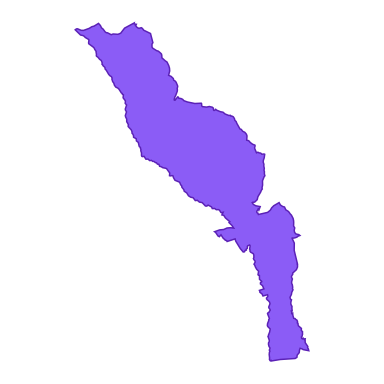 Stefesti, Prahova, Romania
{"feature_id": "2599482B54768609949993", "entity_name": "Stefesti", "entity_type": "district", "adm_level": 2, "iso_a3": "ROU", "parent_name": "Romania", "parent_adm1": "Prahova", "projection": "albers", "projection_center": [25.865, 45.269], "detail": "fine", "context": "isolated", "style": "filled", "palette": "violet", "viewbox_px": 384, "rotation_deg": 0, "n_neighbors": 0, "source": "geoboundaries", "source_scale": "gbopen_adm2", "svg_char_len": 5992}
<svg xmlns="http://www.w3.org/2000/svg" viewBox="0 0 384 384"><path d="M308.8,350.7L308.3,348.8L307.6,347.8L307.8,346.5L305.2,342.6L305.1,339.7L304.8,339.7L305.1,338.8L303.1,339.0L303.2,338.2L301.7,338.4L301.4,337.0L302.2,336.0L302.3,334.7L302.6,334.2L302.4,332.7L302.6,331.9L301.3,330.3L301.4,328.4L298.4,325.8L298.0,324.2L298.0,323.3L297.3,322.9L297.5,321.5L296.9,320.1L295.6,319.3L295.1,318.6L293.7,318.3L292.9,315.4L292.7,313.4L292.1,314.0L291.7,313.6L291.9,313.3L291.3,310.9L292.2,310.8L291.9,308.3L292.0,306.4L291.0,304.5L290.8,303.5L290.9,301.9L291.5,299.8L290.5,299.2L290.0,297.3L291.4,294.5L291.8,292.2L293.0,289.8L292.5,288.8L292.7,287.2L292.3,284.7L291.6,283.2L291.7,281.5L292.4,279.0L291.5,277.2L291.5,276.5L291.9,275.5L292.7,274.5L292.7,273.1L296.4,269.7L297.5,267.0L297.5,265.1L297.2,264.2L297.5,264.1L294.2,250.4L294.3,243.1L292.1,238.3L292.2,238.0L293.6,238.1L295.4,237.7L297.0,237.1L298.0,236.2L299.9,235.5L298.8,234.6L296.0,234.0L294.6,232.4L294.2,230.2L294.7,228.1L294.6,227.5L293.8,226.5L293.6,225.8L293.7,222.5L293.6,220.7L293.1,218.4L291.4,215.1L290.3,214.0L288.5,211.5L285.8,209.8L284.5,207.0L282.7,206.5L280.4,205.0L279.1,202.6L273.8,205.7L271.7,207.8L270.3,210.2L267.6,212.4L258.4,214.5L257.9,213.1L256.9,213.0L257.1,213.0L256.7,211.9L256.8,211.2L257.6,210.3L258.3,208.6L258.7,208.8L259.0,209.8L260.2,206.6L255.9,205.8L254.5,205.1L253.3,204.3L252.2,202.6L252.6,202.3L254.7,202.1L257.2,199.7L257.9,196.7L260.6,192.2L261.4,190.2L262.3,189.0L262.0,188.0L262.6,185.1L262.5,180.8L264.2,176.6L264.9,175.8L264.4,174.0L264.4,171.4L264.0,170.3L264.3,168.4L263.8,166.0L263.9,164.2L263.2,162.1L263.4,160.2L264.2,157.9L264.7,154.3L264.1,154.0L261.8,154.2L260.7,153.1L259.1,152.9L257.9,152.2L256.5,152.8L254.7,148.5L254.6,147.7L255.1,145.9L254.9,145.1L252.7,144.3L250.4,142.6L248.7,140.7L246.7,140.2L247.0,135.9L246.4,134.2L244.8,132.3L242.6,131.2L241.3,129.4L240.0,129.0L236.8,123.3L236.1,121.5L234.9,120.4L234.4,118.5L233.3,116.8L231.7,116.0L231.1,116.2L230.3,115.3L228.9,115.5L225.1,114.0L223.0,112.2L220.4,111.7L216.5,110.1L215.7,109.3L214.6,110.4L213.8,110.4L213.5,109.9L213.4,108.2L212.3,107.2L209.3,106.5L206.6,107.1L202.4,106.6L201.7,105.8L201.6,103.7L201.3,103.2L194.8,103.5L187.5,102.0L183.9,100.7L182.6,99.3L180.9,98.5L178.9,98.3L178.3,97.1L177.8,96.9L177.5,97.0L177.2,97.6L176.4,98.4L175.1,100.2L174.4,100.2L174.2,99.4L174.8,97.1L175.6,95.7L177.2,91.4L177.4,90.0L177.2,88.4L177.7,86.6L177.6,85.8L176.1,82.2L175.1,81.0L173.7,80.2L173.3,78.5L171.1,76.4L168.6,75.3L169.7,71.0L169.5,68.1L168.7,65.5L167.0,62.0L165.2,60.8L161.9,57.8L161.8,55.5L161.5,54.1L160.8,53.3L158.4,51.2L156.5,50.6L152.8,48.2L152.2,47.5L152.0,46.6L152.0,44.1L152.9,42.7L150.5,33.5L143.7,30.2L142.4,28.4L141.3,27.7L139.0,28.3L137.9,27.9L136.4,26.8L136.0,25.8L135.5,25.6L136.3,24.3L134.1,23.9L133.9,23.7L134.1,23.0L124.6,28.1L120.7,33.2L118.0,34.3L113.1,34.0L111.2,34.7L107.5,32.8L106.3,32.7L105.1,31.8L103.1,29.1L101.5,27.8L100.4,25.5L98.5,23.4L94.1,26.1L91.9,26.7L89.1,28.4L83.5,30.4L81.1,30.3L77.6,28.8L76.4,28.9L75.2,29.8L80.5,35.0L83.1,35.6L84.2,36.3L85.3,37.5L88.7,39.5L88.9,40.6L88.6,42.4L88.7,43.7L93.5,47.3L94.2,48.1L94.7,49.3L96.2,51.6L96.1,52.8L96.5,54.0L96.3,55.3L96.5,56.2L98.0,57.3L99.6,59.3L101.3,60.5L102.2,62.9L102.0,64.3L102.7,64.9L103.0,65.7L104.9,67.4L105.1,69.0L106.3,70.3L108.7,74.4L110.0,75.8L111.4,76.6L112.1,78.1L111.9,79.1L112.7,81.7L113.7,82.9L114.5,85.4L115.9,87.2L117.7,88.0L118.9,89.1L121.4,93.0L122.3,93.5L122.4,94.3L123.4,94.8L123.1,97.8L125.2,100.6L125.4,101.1L125.2,103.4L126.6,105.0L125.3,109.0L125.4,110.0L126.5,111.9L125.3,115.6L125.6,116.9L126.7,119.1L126.7,121.9L127.5,122.6L127.6,123.5L128.4,124.5L128.1,126.2L128.3,126.7L131.2,129.8L132.0,131.7L132.0,133.2L132.9,134.2L133.5,135.6L133.6,137.3L136.2,138.7L136.4,140.9L138.3,142.4L139.1,146.0L139.4,146.7L140.4,147.4L140.5,148.6L140.9,149.3L140.8,150.8L141.5,152.9L141.5,155.4L141.8,156.3L142.3,156.6L144.1,156.4L145.9,159.2L148.0,159.1L149.7,160.6L151.5,160.4L152.7,161.4L153.9,161.4L155.4,162.6L156.5,162.8L157.4,164.1L158.9,164.3L159.6,166.3L161.2,166.7L162.8,167.7L165.9,168.3L166.7,168.8L169.7,173.0L169.5,175.7L170.2,175.9L172.1,175.6L172.9,175.8L173.5,177.7L175.0,180.3L179.6,182.2L180.7,184.8L181.7,185.9L181.9,187.3L183.8,189.6L184.2,191.2L186.7,192.9L188.5,195.8L190.7,197.2L193.1,197.7L195.3,200.6L197.3,200.3L199.4,202.1L202.2,202.6L205.4,206.0L206.8,206.1L208.1,205.1L211.5,206.9L212.3,208.6L214.7,208.5L216.3,209.7L218.4,209.6L219.5,210.2L220.7,212.2L221.3,212.7L223.1,212.3L221.9,214.9L223.8,215.4L225.4,217.9L229.8,221.7L229.0,222.6L231.8,225.3L233.7,228.1L230.5,227.7L227.0,228.0L223.7,229.5L219.6,229.9L214.6,231.7L215.6,232.4L218.0,236.0L219.4,236.7L221.0,234.8L223.3,238.4L224.9,239.6L225.2,240.2L226.6,240.6L227.1,241.5L235.1,238.9L235.7,241.1L240.3,248.6L243.2,252.0L244.5,251.8L245.2,250.4L246.3,250.1L246.2,249.2L247.3,248.3L247.4,246.2L247.7,245.8L249.6,245.0L250.0,245.4L250.1,246.2L249.6,249.1L250.0,249.9L250.0,251.3L250.7,252.2L253.3,253.7L253.8,255.0L253.9,257.4L253.4,258.6L253.9,259.6L255.1,261.2L255.1,262.2L254.0,264.2L254.8,265.3L255.4,267.0L256.7,269.3L258.6,271.2L258.0,274.7L258.4,275.2L259.2,275.3L259.4,275.5L259.5,279.3L261.7,281.4L261.6,281.9L260.5,282.6L260.4,283.9L262.5,285.7L263.9,288.9L259.4,290.4L259.9,291.5L259.9,292.3L262.0,293.9L263.0,296.0L267.5,294.7L267.8,296.0L267.7,296.7L266.5,298.0L266.5,298.8L267.4,300.0L268.4,300.7L269.5,302.0L270.0,303.7L268.7,307.1L269.0,308.1L270.0,309.4L270.2,310.3L269.4,311.3L269.0,312.3L267.9,312.9L267.5,313.6L269.4,318.5L268.7,319.7L268.7,320.7L267.6,323.4L267.4,324.9L267.4,325.8L267.9,326.7L270.2,329.0L269.6,332.1L268.4,335.2L268.3,336.2L268.0,336.5L269.3,340.3L269.2,341.7L268.5,342.9L268.5,344.5L269.0,346.4L269.9,347.9L269.9,348.7L269.3,350.1L269.9,351.1L269.4,352.3L269.2,354.5L269.6,358.2L269.4,359.2L270.0,360.5L271.1,360.4L271.1,361.0L280.2,359.5L295.1,358.5L296.9,357.4L297.2,355.1L299.2,352.7L299.5,350.0L300.1,348.3L302.5,349.1L303.1,349.6L308.8,350.7Z" fill="#8b5cf6" stroke="#5b21b6" stroke-width="1.5"/></svg>